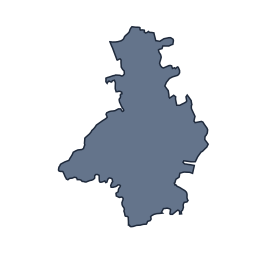 the district of Tala, Al Minufiyah, Egypt, rotated 77°
{"feature_id": "37247803B52680576777799", "entity_name": "Tala", "entity_type": "district", "adm_level": 2, "iso_a3": "EGY", "parent_name": "Egypt", "parent_adm1": "Al Minufiyah", "projection": "orthographic", "projection_center": [30.917, 30.67], "detail": "fine", "context": "isolated", "style": "filled", "palette": "slate", "viewbox_px": 256, "rotation_deg": 77, "n_neighbors": 0, "source": "geoboundaries", "source_scale": "gbopen_adm2", "svg_char_len": 5525}
<svg xmlns="http://www.w3.org/2000/svg" viewBox="0 0 256 256"><g transform="rotate(77 128 128)"><path d="M163.9,199.5L164.4,198.8L164.6,198.4L164.9,198.2L164.6,197.5L164.2,196.8L164.0,196.4L164.0,195.7L164.1,195.2L164.3,193.5L163.9,191.5L164.7,189.5L166.0,189.1L166.9,189.1L167.4,186.9L168.1,185.6L169.7,184.7L170.0,183.8L170.4,182.7L170.9,182.1L171.2,181.0L170.8,178.4L170.6,176.9L170.7,175.1L170.3,173.3L169.4,171.8L168.5,171.5L167.0,171.2L166.3,170.2L166.1,169.9L166.4,168.3L167.6,166.8L168.7,167.0L171.6,167.6L173.6,167.8L174.5,167.4L174.7,166.5L174.8,165.6L174.4,162.5L175.3,162.3L176.2,161.9L176.0,160.8L174.0,159.6L172.7,158.4L172.5,157.1L173.3,155.6L174.2,154.9L176.1,155.0L176.9,155.0L177.5,155.9L180.1,157.8L181.9,157.8L182.4,156.0L182.3,153.1L181.9,151.8L181.2,150.4L181.7,148.9L182.6,148.4L183.5,148.9L183.9,149.6L185.5,151.0L186.2,151.3L187.9,151.9L188.9,154.4L189.6,154.5L191.6,154.7L193.7,152.1L193.8,149.9L194.4,149.0L195.8,148.6L196.7,149.0L198.2,150.0L198.8,150.3L199.3,150.7L201.3,151.0L202.7,150.8L204.9,149.9L206.3,149.8L206.9,150.1L207.6,150.5L208.2,150.7L209.8,150.5L212.9,150.6L213.4,150.2L214.1,148.4L215.2,147.8L216.6,148.2L218.6,148.5L221.0,149.0L222.7,149.4L223.0,148.4L223.5,148.2L223.8,148.4L224.6,147.8L224.9,146.9L225.1,145.1L225.0,144.0L224.9,142.9L224.8,141.5L225.1,139.8L225.4,138.0L225.3,135.0L225.4,134.2L225.8,131.7L224.7,130.8L223.4,129.9L223.2,127.2L222.1,126.1L220.8,125.8L219.7,126.0L218.8,124.9L218.4,123.5L218.0,122.2L217.9,119.3L218.3,116.7L218.7,113.5L217.6,114.3L214.5,111.6L214.8,109.6L214.8,108.7L215.1,107.4L216.1,105.6L217.0,104.9L220.9,106.4L221.6,106.2L222.1,104.0L219.8,99.4L219.2,97.9L220.1,96.8L221.7,96.6L223.4,97.1L223.7,95.1L221.4,95.0L220.2,93.3L217.7,91.8L216.1,91.7L214.8,91.3L213.1,90.0L213.3,87.2L212.1,85.8L210.7,86.2L209.1,86.2L207.2,85.7L205.9,85.4L204.6,85.4L203.6,85.6L201.8,86.7L199.4,89.2L197.6,91.0L196.6,92.3L196.0,93.2L194.1,94.2L194.1,95.0L192.1,95.3L191.8,94.5L191.2,94.3L190.1,93.6L189.8,93.6L188.6,92.6L188.2,91.4L187.6,89.7L187.4,89.3L187.1,89.1L185.4,88.4L184.6,88.1L184.1,87.8L183.7,87.5L183.6,85.6L183.5,84.4L183.6,83.0L184.1,81.3L185.1,77.7L186.7,75.3L180.5,72.3L179.4,71.8L177.8,75.5L177.0,77.7L176.3,79.3L175.8,80.8L175.1,81.4L174.8,81.6L173.7,82.1L173.3,81.7L172.5,81.0L173.5,78.4L174.7,75.2L175.1,74.2L175.3,73.2L175.6,72.1L176.0,70.0L172.1,66.9L171.7,66.6L167.9,62.3L167.4,60.6L166.9,59.8L165.4,57.4L164.3,55.5L163.1,54.6L162.8,54.3L161.8,53.5L160.7,54.0L160.4,54.1L156.5,55.8L153.5,54.8L152.7,53.6L150.8,51.9L147.7,50.8L146.6,51.0L146.2,51.0L145.5,51.2L144.6,51.6L141.7,52.8L139.1,53.7L138.1,55.0L138.1,55.6L137.9,61.4L136.1,62.2L132.9,60.7L132.4,60.4L131.8,60.1L123.7,61.8L123.2,61.8L122.4,61.7L120.4,61.2L119.7,60.5L118.6,60.5L116.7,60.4L115.5,60.3L112.5,61.5L111.5,61.9L109.2,62.9L110.7,64.5L114.9,64.7L115.8,65.8L116.4,67.8L116.9,70.2L117.2,71.2L117.5,72.5L116.8,75.4L113.1,75.3L110.5,75.2L109.1,74.8L108.4,74.5L106.4,76.1L108.2,80.7L106.9,81.1L104.8,80.7L100.7,80.4L95.4,82.7L92.1,80.3L89.1,76.5L88.8,75.5L88.6,74.7L88.2,73.1L88.1,71.5L88.0,70.0L87.9,68.7L87.9,68.2L87.4,66.9L87.0,66.4L85.8,65.3L83.6,64.8L80.7,65.3L80.0,65.5L79.6,66.1L80.8,68.5L79.8,69.1L80.0,71.3L79.3,71.3L78.4,71.5L77.3,71.5L76.6,72.6L76.4,74.0L77.5,80.0L76.7,81.2L74.5,82.4L74.1,82.4L72.1,82.7L70.6,82.0L69.5,81.3L68.9,81.0L67.9,80.4L66.4,79.7L66.0,79.7L64.2,79.7L62.9,80.1L61.3,80.7L58.8,80.8L58.4,79.8L58.3,77.0L55.9,75.6L57.3,69.8L56.6,66.5L56.6,65.5L54.9,64.8L53.2,64.1L51.7,64.1L49.6,66.1L49.2,67.9L49.2,68.3L49.1,72.8L49.2,73.2L50.1,75.9L50.7,77.5L49.1,81.3L43.3,81.4L41.1,81.4L40.6,82.7L40.3,83.2L39.7,85.5L38.5,86.4L39.2,87.7L39.4,89.5L38.1,90.6L37.2,90.1L36.3,90.2L35.6,92.1L35.4,93.9L35.0,94.1L33.4,93.9L32.9,93.8L32.4,94.5L32.3,94.8L32.0,95.9L31.6,97.6L31.5,97.9L31.1,99.0L30.2,101.4L31.5,103.0L32.7,104.0L33.8,104.6L34.9,105.4L36.1,107.2L37.4,109.7L38.3,110.9L39.2,111.5L40.2,112.3L40.4,112.5L41.0,113.7L41.3,114.6L41.5,115.2L41.6,118.4L41.4,120.7L41.3,121.2L40.8,123.7L40.6,124.2L39.9,126.2L40.1,126.2L44.4,125.5L46.2,125.1L54.7,124.0L57.6,123.6L59.0,123.5L59.4,123.2L59.4,122.8L58.8,120.6L59.1,119.9L60.4,119.5L62.2,120.0L63.1,120.2L65.1,120.5L67.1,120.9L69.8,120.0L71.6,118.9L74.5,119.4L75.2,120.3L75.8,121.0L76.0,122.3L74.8,124.1L73.6,128.1L73.8,129.4L73.7,130.8L74.1,134.6L74.2,136.8L74.4,137.7L74.4,138.2L74.8,138.4L76.0,138.6L77.7,139.1L78.6,138.9L79.8,138.3L78.9,137.6L78.0,136.0L79.2,134.5L79.5,133.6L79.0,133.1L78.4,132.5L78.4,130.5L81.1,130.1L84.7,131.1L86.9,131.6L90.0,131.4L90.0,131.0L90.3,129.7L90.1,128.8L90.6,127.4L91.7,126.1L93.3,126.2L93.5,127.7L94.4,128.2L95.0,128.0L96.8,128.7L97.7,129.9L98.5,130.3L100.8,130.4L102.6,130.0L104.8,129.6L106.2,129.2L107.1,129.0L108.9,128.2L110.0,128.2L110.4,128.6L110.6,129.8L109.3,130.4L107.7,130.8L107.2,133.0L107.8,135.3L108.2,136.8L108.1,138.4L107.8,140.8L107.8,141.3L107.8,142.6L108.4,145.3L109.7,146.3L111.0,146.1L111.9,145.9L113.0,145.9L113.5,146.9L113.9,147.5L115.3,151.5L117.2,156.1L118.0,158.1L120.0,160.2L121.3,162.0L122.3,163.8L123.6,164.9L123.9,165.3L125.1,166.8L127.9,172.0L128.3,172.4L129.4,172.7L133.2,173.9L134.8,173.9L135.4,174.4L136.5,175.1L138.0,176.0L138.6,177.8L138.1,181.8L138.5,183.9L138.9,185.4L139.3,186.8L141.3,188.2L143.4,190.2L144.3,191.2L145.4,192.1L146.3,193.0L146.4,194.1L146.8,197.0L147.2,198.6L148.0,201.5L148.4,202.2L148.7,202.3L149.1,202.5L150.6,204.1L152.2,204.8L153.3,205.2L154.2,205.0L154.6,204.6L155.3,203.1L155.4,202.2L155.8,201.3L158.1,200.7L160.8,200.3L162.3,199.9L162.8,199.7L163.9,199.5Z" fill="#64748b" stroke="#1e293b" stroke-width="1.5"/></g></svg>